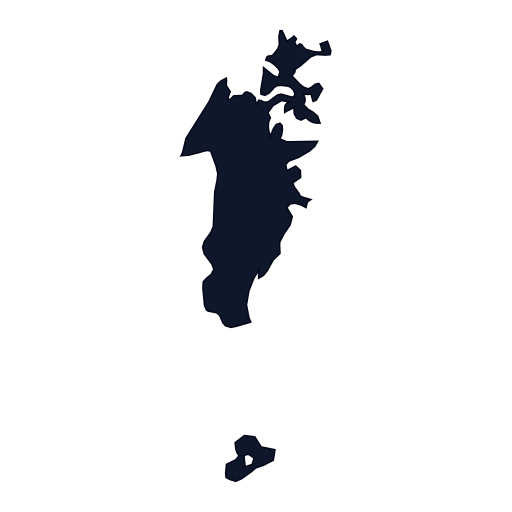 outline of Musandam
{"feature_id": "OMN-2425", "entity_name": "Musandam", "entity_type": "Province", "adm_level": 1, "iso_a3": "OMN", "parent_name": "Oman", "parent_adm1": "", "projection": "mercator", "projection_center": [56.333, 25.799], "detail": "fine", "context": "isolated", "style": "filled", "palette": "ink", "viewbox_px": 512, "rotation_deg": 0, "n_neighbors": 0, "source": "natural_earth", "source_scale": "10m", "svg_char_len": 2865}
<svg xmlns="http://www.w3.org/2000/svg" viewBox="0 0 512 512"><path d="M207.1,310.5L206.5,310.1L204.5,305.5L202.9,288.4L203.2,281.8L206.9,277.8L211.3,274.3L213.8,269.3L212.2,264.6L204.2,253.7L202.6,247.2L204.3,241.5L211.0,232.1L213.3,226.5L214.7,192.1L217.0,180.7L217.8,173.7L216.0,165.8L210.6,151.0L206.7,150.5L189.1,155.1L181.1,155.8L181.2,155.7L182.7,152.1L186.0,138.3L208.9,101.9L217.2,84.6L220.7,81.1L226.3,78.1L226.6,80.2L226.3,85.4L230.3,91.7L229.3,93.8L227.7,99.3L230.3,99.3L233.6,95.9L242.6,95.4L244.4,92.9L246.5,91.8L251.1,93.5L255.2,97.8L256.2,104.6L258.7,100.3L261.0,100.5L264.0,102.1L268.0,101.9L277.4,95.0L281.1,94.1L291.6,97.0L293.9,96.7L294.9,93.4L293.3,90.0L290.6,87.3L288.2,86.2L281.4,85.4L277.2,85.6L274.2,87.5L272.2,89.9L268.8,93.3L264.8,95.4L260.9,94.1L260.8,89.8L263.5,73.6L263.5,67.5L273.6,75.7L278.2,77.3L280.0,71.7L278.4,68.7L274.5,64.8L269.7,61.5L265.7,60.1L267.1,56.6L269.1,55.9L271.2,55.9L273.2,54.6L277.4,49.4L279.3,44.8L278.9,36.4L280.0,30.7L282.1,30.7L286.9,41.2L292.2,37.7L293.9,36.0L296.5,38.8L294.9,41.7L294.8,42.7L295.5,43.7L296.5,46.5L299.8,43.8L301.8,44.7L303.5,47.3L306.0,49.4L314.0,51.6L318.2,52.0L322.7,51.8L321.9,50.0L320.8,45.6L320.1,43.9L327.4,41.2L330.9,50.9L330.1,54.7L325.3,55.1L316.5,54.6L310.8,56.8L300.4,65.9L294.7,69.7L295.1,69.7L295.0,71.9L292.0,75.9L299.7,84.0L303.7,87.2L308.3,88.8L311.5,87.2L315.1,84.2L318.8,83.4L322.7,88.8L316.3,100.2L313.1,101.5L310.9,94.1L307.4,94.5L303.6,94.1L304.9,97.9L305.2,100.3L304.7,102.3L303.6,104.6L307.9,109.1L313.1,112.2L317.7,116.2L320.1,123.2L316.0,123.1L312.3,122.2L309.0,120.4L306.0,117.7L301.0,120.1L296.8,118.3L294.2,113.7L293.9,107.4L291.9,108.7L286.7,111.2L284.7,112.5L284.6,108.3L285.2,105.2L286.9,103.1L289.5,101.9L281.6,100.6L273.0,105.7L267.9,112.8L270.4,117.7L268.7,121.8L268.3,126.5L268.9,131.5L270.4,136.3L273.4,128.6L276.3,124.4L280.0,123.2L282.2,125.6L282.5,130.1L281.6,135.1L280.0,138.9L286.8,141.8L317.7,141.3L314.7,146.4L309.5,151.0L298.8,157.3L288.8,161.1L285.7,164.6L286.9,170.7L295.6,166.0L300.4,170.4L300.6,177.5L292.7,182.9L294.3,186.8L298.8,193.1L300.2,195.9L303.3,197.4L310.9,199.5L308.2,201.3L307.2,202.6L306.0,207.6L300.9,204.9L295.2,203.3L290.2,203.9L286.9,207.6L292.3,216.7L290.0,225.2L284.3,233.3L280.0,241.5L279.6,244.3L280.0,253.4L273.2,260.0L267.5,270.4L263.6,275.3L258.6,278.3L258.6,270.2L253.8,278.4L248.9,290.8L246.5,304.8L248.9,317.6L250.8,322.1L236.4,326.3L230.9,327.4L225.5,325.8L223.0,323.0L219.6,315.3L216.5,312.7L208.4,311.2L207.1,310.5ZM275.0,449.7L273.3,460.2L263.7,465.2L255.6,468.0L251.7,471.5L241.5,478.8L235.8,481.3L230.4,479.7L226.1,477.6L225.8,475.4L225.6,473.9L226.4,464.4L235.6,459.8L239.0,455.8L236.9,452.6L235.8,448.8L235.1,442.6L244.4,435.5L254.8,436.8L261.2,446.9L275.0,449.7ZM245.2,466.8L252.1,464.4L254.0,458.1L248.9,454.5L245.9,454.6L244.0,456.5L245.2,466.8Z" fill="#0f172a" stroke="#020617" stroke-width="1.5"/></svg>